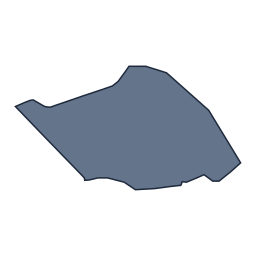 outline of Fond Cacoa, Soufrière, Saint Lucia
{"feature_id": "8701671B75049629719771", "entity_name": "Fond Cacoa", "entity_type": "district", "adm_level": 2, "iso_a3": "LCA", "parent_name": "Saint Lucia", "parent_adm1": "Soufrière", "projection": "equal_earth", "projection_center": [-61.051, 13.855], "detail": "fine", "context": "isolated", "style": "filled", "palette": "slate", "viewbox_px": 256, "rotation_deg": 0, "n_neighbors": 0, "source": "geoboundaries", "source_scale": "gbopen_adm2", "svg_char_len": 735}
<svg xmlns="http://www.w3.org/2000/svg" viewBox="0 0 256 256"><path d="M179.3,185.5L180.8,185.4L181.8,182.9L182.2,181.7L186.4,182.2L196.8,177.9L204.0,174.7L207.5,177.2L212.7,181.1L219.1,181.1L231.1,171.4L240.1,163.3L240.6,162.9L240.2,162.2L240.0,161.8L208.7,110.3L166.5,72.8L145.8,66.3L129.0,66.3L124.9,72.2L124.5,72.7L118.0,81.6L117.3,82.1L112.3,86.0L101.3,89.8L82.1,96.2L81.3,96.5L63.6,102.6L54.5,105.7L50.6,107.1L48.1,107.1L44.5,106.4L36.1,101.6L33.2,99.9L30.0,100.4L28.3,101.1L25.1,102.3L18.2,105.3L15.4,106.5L39.7,131.8L84.4,177.9L84.7,180.3L87.7,180.1L89.1,180.0L93.0,179.1L97.9,177.9L107.5,177.9L124.2,182.2L135.4,189.7L154.5,188.6L166.6,187.0L170.5,186.5L179.3,185.5Z" fill="#64748b" stroke="#1e293b" stroke-width="1.5"/></svg>